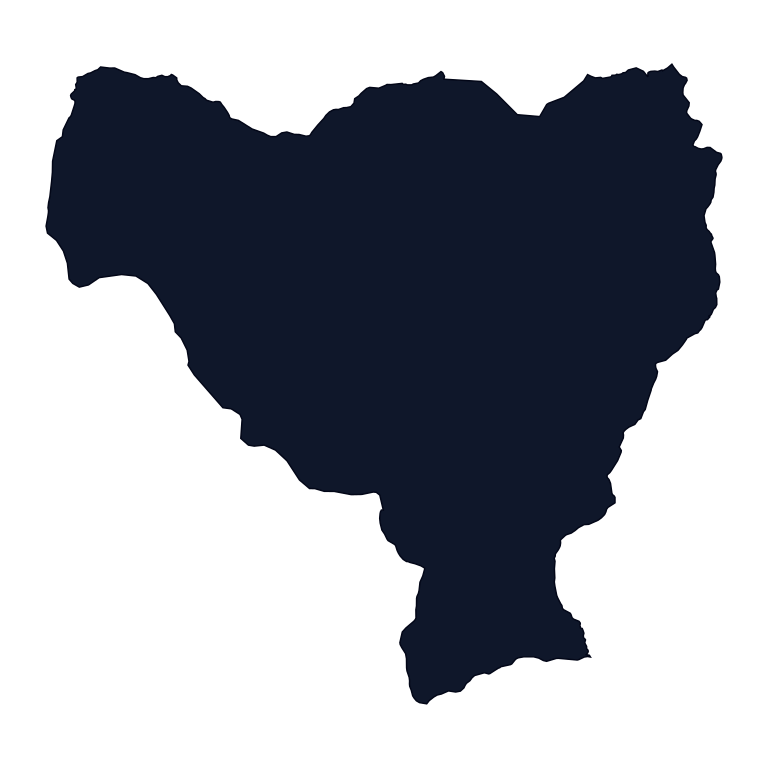 the district of Botiza, Maramures, Romania
{"feature_id": "2599482B81010810269587", "entity_name": "Botiza", "entity_type": "district", "adm_level": 2, "iso_a3": "ROU", "parent_name": "Romania", "parent_adm1": "Maramures", "projection": "orthographic", "projection_center": [24.135, 47.644], "detail": "fine", "context": "isolated", "style": "filled", "palette": "ink", "viewbox_px": 768, "rotation_deg": 0, "n_neighbors": 0, "source": "geoboundaries", "source_scale": "gbopen_adm2", "svg_char_len": 5968}
<svg xmlns="http://www.w3.org/2000/svg" viewBox="0 0 768 768"><path d="M590.4,657.0L589.4,655.3L586.2,654.6L587.8,652.7L588.2,651.4L588.1,650.7L587.6,649.6L586.6,648.8L586.6,646.4L584.9,643.2L584.8,642.3L585.5,639.9L585.0,639.1L583.6,637.8L583.3,635.8L583.9,633.2L583.1,630.7L582.2,628.5L580.5,628.1L580.4,627.7L580.4,627.0L579.7,624.8L580.3,624.1L580.2,623.0L579.0,621.3L573.5,619.1L572.0,617.6L571.1,614.8L570.3,613.3L563.6,609.7L562.4,608.3L561.9,605.5L560.6,603.6L557.7,597.9L556.7,595.4L554.9,586.2L554.3,581.9L554.8,578.0L554.4,568.8L555.0,561.2L554.2,558.3L555.2,556.2L555.4,553.9L558.4,549.6L559.8,546.8L560.2,545.7L560.6,542.9L560.4,540.6L560.7,539.7L565.1,535.6L566.4,534.7L571.2,533.1L575.2,530.4L578.5,527.6L584.0,524.6L588.8,524.3L598.1,520.2L601.4,517.8L604.6,514.5L605.9,511.8L606.6,509.2L607.9,507.4L615.0,502.8L615.0,497.4L614.2,496.0L612.6,494.7L611.9,493.3L610.5,483.3L609.0,479.6L607.3,477.6L607.0,476.2L607.3,474.8L609.9,472.5L611.3,470.6L617.6,460.6L621.1,452.2L621.3,450.5L619.2,447.0L623.3,438.0L623.5,435.0L623.1,432.7L624.1,431.1L625.8,429.4L628.9,427.1L634.9,424.3L638.0,420.0L640.8,418.6L643.4,411.8L645.2,409.5L647.7,400.4L651.1,390.3L651.3,388.9L653.6,383.2L655.7,379.1L656.7,376.2L657.5,371.7L655.9,368.2L655.5,365.9L655.6,363.6L657.5,362.4L665.7,360.2L672.3,354.2L678.1,350.2L682.6,344.7L686.4,339.2L686.8,338.1L694.8,333.7L697.8,332.9L699.5,330.6L700.7,329.6L702.1,327.4L705.0,320.6L705.6,319.9L707.5,319.6L709.8,316.9L708.8,316.3L709.1,315.7L710.4,315.3L711.4,314.1L713.4,309.3L715.4,307.5L716.8,304.6L716.7,298.2L716.3,297.2L715.7,293.0L716.9,290.1L718.4,289.1L719.8,282.1L719.3,276.7L718.5,274.9L716.1,272.7L715.5,270.9L715.3,268.4L715.6,264.2L714.9,255.1L714.5,252.4L711.0,242.5L711.0,241.3L712.9,238.7L713.0,238.1L711.8,235.7L711.4,234.2L710.1,232.9L709.2,231.5L707.0,229.5L706.1,227.8L706.2,225.2L705.0,222.5L704.0,215.6L706.0,208.8L707.6,207.1L709.8,204.1L710.8,202.3L711.2,199.8L713.0,197.2L713.9,192.2L714.1,188.4L714.8,185.1L715.1,178.9L716.1,174.9L716.0,172.9L715.5,172.4L715.6,169.9L718.2,164.7L720.8,161.2L721.7,158.8L721.9,157.3L721.2,154.1L720.5,153.4L716.5,152.3L710.1,147.5L707.1,147.4L703.5,148.8L701.1,149.0L698.1,148.3L695.1,146.7L694.3,146.7L692.9,145.3L692.9,144.9L694.4,141.0L696.3,139.0L697.6,136.8L699.8,131.3L702.0,124.6L699.2,121.3L696.8,120.4L694.8,120.4L691.5,118.9L690.5,118.1L686.8,113.3L686.6,112.2L686.8,110.6L688.9,106.0L689.2,102.7L683.1,95.0L682.8,92.5L683.1,88.0L684.4,84.8L685.5,83.4L687.1,80.3L686.6,78.1L685.4,77.3L682.3,76.6L679.4,74.4L673.8,67.2L671.9,64.2L667.5,68.0L662.6,70.8L662.0,70.0L657.8,71.5L654.8,71.1L650.7,71.4L648.7,72.2L647.9,73.0L647.9,76.3L647.5,76.5L643.4,71.3L636.2,67.9L628.3,70.0L625.6,72.5L623.0,72.8L621.8,73.8L618.7,74.6L616.7,74.3L615.4,75.2L612.0,75.3L611.4,76.5L610.5,77.0L602.5,78.4L600.7,77.4L595.3,77.9L591.0,76.3L587.6,74.6L583.7,80.9L564.2,97.3L548.5,103.3L546.7,104.5L539.7,116.6L517.3,114.7L496.7,94.0L481.4,81.5L443.9,79.2L444.5,76.3L442.6,72.6L441.0,71.6L435.8,75.7L433.3,77.1L428.3,77.6L423.4,79.3L420.7,80.7L418.5,83.0L413.3,84.0L411.7,84.9L407.3,84.9L405.8,84.2L403.3,84.4L402.2,83.4L391.0,84.6L387.0,84.5L385.5,85.4L378.8,88.2L369.7,87.4L366.6,88.6L361.1,93.4L358.9,95.9L354.7,98.7L354.0,103.1L350.8,106.7L346.6,107.6L343.6,107.7L338.5,109.5L335.9,109.4L333.4,109.8L329.5,111.9L325.9,115.4L323.8,118.5L318.0,124.8L311.8,132.4L310.3,135.0L309.1,135.8L306.0,136.2L299.1,134.5L294.3,134.4L286.9,132.0L281.7,132.9L276.1,136.6L270.7,136.6L267.3,135.2L263.7,133.1L252.1,129.0L238.4,120.4L231.6,118.9L229.7,117.6L229.1,115.3L227.5,112.4L224.1,107.3L221.9,104.6L220.3,102.1L218.9,101.6L215.8,101.5L213.0,102.2L206.5,100.2L205.0,98.6L203.2,97.6L199.2,93.7L191.1,88.0L187.5,86.3L181.3,85.8L178.2,82.8L176.8,80.0L176.7,77.9L172.7,75.0L171.3,74.5L170.4,75.6L167.7,76.7L164.9,76.7L161.9,75.3L157.7,76.4L155.9,77.7L153.2,77.5L148.3,78.7L143.8,78.7L140.4,77.7L135.1,74.7L126.9,72.6L124.4,72.2L114.7,68.0L109.7,68.1L100.6,67.0L97.8,69.7L95.1,70.6L90.6,72.9L87.9,73.5L82.6,76.6L78.1,77.1L77.1,77.9L77.2,81.9L76.7,83.1L75.7,84.4L76.2,87.8L76.1,89.0L74.8,89.6L74.8,90.3L74.3,91.2L71.2,94.1L70.6,95.4L70.9,96.9L71.5,98.4L72.1,99.1L74.1,100.0L75.0,101.2L75.0,103.3L74.4,105.5L71.2,115.4L70.2,116.9L69.0,117.9L63.2,129.9L62.4,136.7L56.8,140.7L52.6,161.2L52.4,172.3L51.6,181.4L49.9,196.5L48.6,202.6L48.0,207.7L48.5,210.6L48.4,212.8L47.8,216.8L46.1,226.1L47.5,233.1L56.5,240.4L63.4,251.0L67.4,263.2L69.1,279.1L72.8,283.4L79.3,287.1L88.5,284.9L99.2,277.6L121.6,274.5L135.9,276.0L147.9,283.5L156.4,294.4L169.8,315.5L174.4,323.7L175.3,331.8L181.2,338.0L187.2,350.1L189.0,361.4L188.0,365.1L194.3,374.9L222.9,407.7L231.2,408.8L240.0,414.4L242.1,419.3L240.8,438.4L248.4,445.1L254.2,446.1L264.2,445.1L275.5,450.1L287.0,460.8L299.5,480.0L309.5,488.5L314.9,488.6L324.2,491.3L334.3,491.4L351.2,494.6L361.8,494.4L373.3,492.0L376.3,492.3L379.8,495.1L383.3,510.1L381.4,510.1L380.5,511.8L380.1,513.7L379.7,518.3L380.2,523.1L381.9,530.0L384.6,534.0L387.1,539.2L388.1,540.6L394.9,544.6L395.8,546.1L397.2,550.6L398.5,553.3L400.2,556.0L403.2,559.4L406.5,561.5L408.1,561.6L409.9,562.4L415.0,563.7L420.9,565.8L424.6,568.0L424.6,569.2L422.8,575.9L420.0,582.2L419.1,590.4L418.4,593.4L417.0,596.4L416.6,598.3L416.5,606.0L415.9,609.7L416.0,618.0L415.3,619.5L413.9,621.2L405.9,628.0L402.3,632.0L399.9,642.6L400.2,644.5L401.8,647.6L405.6,653.6L406.5,658.7L406.6,667.9L407.0,670.9L409.2,677.4L409.6,680.8L409.5,684.0L409.7,686.2L411.2,690.0L412.7,695.8L414.3,698.3L416.4,700.8L419.5,702.6L426.7,703.8L429.2,700.6L433.8,697.0L437.2,695.0L441.4,694.0L448.5,690.9L455.7,692.0L460.4,691.1L463.9,687.9L465.0,685.5L466.4,683.3L469.9,680.7L472.0,677.8L474.6,675.5L483.5,673.0L484.6,672.8L488.7,673.9L489.8,673.6L498.2,668.2L499.7,667.7L500.9,666.7L510.5,664.6L511.8,663.9L515.2,659.7L516.5,658.6L518.3,657.8L523.7,656.8L533.7,656.8L538.8,658.1L543.3,660.5L546.6,661.3L556.3,658.4L558.4,658.3L577.3,660.0L578.8,659.6L584.3,657.0L587.7,656.5L590.4,657.0Z" fill="#0f172a" stroke="#020617" stroke-width="1.5"/></svg>